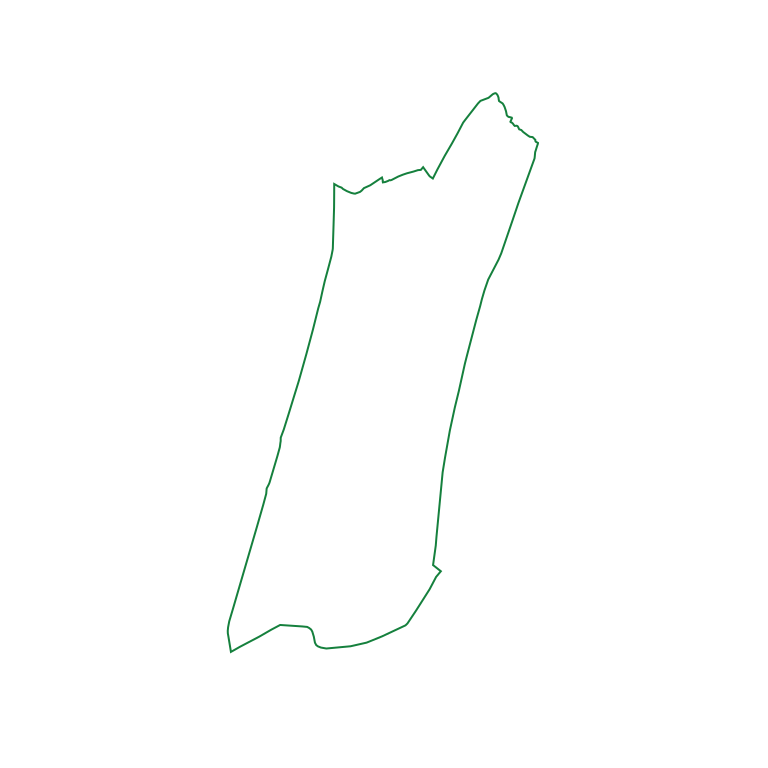 outline of Tan Phu, Hồ Chí Minh city, Vietnam, rotated 209°
{"feature_id": "81297802B97138813252769", "entity_name": "Tan Phu", "entity_type": "district", "adm_level": 2, "iso_a3": "VNM", "parent_name": "Vietnam", "parent_adm1": "Hồ Chí Minh city", "projection": "equal_earth", "projection_center": [106.631, 10.791], "detail": "fine", "context": "isolated", "style": "outline", "palette": "green", "viewbox_px": 768, "rotation_deg": 209, "n_neighbors": 0, "source": "geoboundaries", "source_scale": "gbopen_adm2", "svg_char_len": 2378}
<svg xmlns="http://www.w3.org/2000/svg" viewBox="0 0 768 768"><g transform="rotate(209 384 384)"><path d="M361.7,654.3L362.4,656.0L364.2,660.1L364.5,661.7L365.3,665.5L365.9,668.8L366.2,669.5L367.2,669.5L368.7,669.5L369.5,670.0L370.0,670.9L373.7,672.0L376.4,670.9L378.9,671.1L384.5,671.9L387.0,672.7L389.2,672.3L389.8,672.7L391.4,673.9L392.3,674.3L393.2,674.2L394.8,673.1L395.8,673.4L397.4,674.2L398.9,674.6L400.2,674.4L400.6,674.7L400.8,677.1L400.9,678.5L401.4,678.9L403.0,678.5L404.6,678.0L405.9,678.2L406.9,678.6L409.5,681.7L410.8,682.9L412.9,684.8L414.8,686.1L416.3,686.9L419.2,687.1L420.6,687.3L421.7,688.6L422.6,689.9L423.8,691.0L425.1,691.9L426.7,692.5L427.5,692.4L428.3,691.7L429.4,690.1L430.1,688.2L431.2,685.3L431.3,685.0L436.9,678.4L437.8,675.0L439.8,662.2L441.0,654.5L441.5,651.0L441.2,639.0L441.2,627.2L441.5,613.0L441.3,597.5L440.9,587.4L444.7,587.8L446.1,588.4L454.9,592.6L455.6,589.1L458.0,587.5L461.1,584.2L463.9,581.5L466.1,579.4L469.0,576.2L472.1,572.4L476.3,566.1L477.1,565.3L478.1,564.9L478.8,563.7L480.8,561.3L482.7,559.8L483.5,560.8L483.7,561.4L485.9,563.6L487.2,561.2L492.4,551.1L496.5,545.6L497.3,542.3L498.1,540.4L500.0,538.2L501.5,536.5L502.6,536.0L505.1,535.3L505.7,535.2L509.9,534.7L514.4,534.7L516.3,535.2L519.6,534.7L524.5,534.8L518.8,524.4L513.2,514.1L505.1,498.4L497.7,484.0L494.5,477.8L493.9,476.3L491.8,469.8L488.5,456.7L485.7,445.3L485.1,443.2L482.8,435.2L479.7,424.9L478.2,418.3L472.6,397.4L466.4,372.5L460.1,345.8L459.5,343.0L456.8,330.1L452.8,311.2L449.6,295.6L448.3,287.0L446.7,284.0L445.9,281.8L445.0,279.6L444.4,278.0L443.9,275.9L442.3,269.3L436.3,242.2L436.1,240.3L436.0,235.8L433.8,230.9L431.1,220.0L426.0,197.9L420.7,174.4L410.7,130.0L407.3,115.0L404.3,101.4L402.4,95.6L401.0,92.4L399.7,90.2L397.9,88.0L388.0,75.5L387.7,76.0L386.8,77.4L382.6,84.3L370.6,102.6L363.4,114.6L358.0,122.9L337.8,132.4L333.4,134.3L331.1,134.3L328.7,133.9L326.7,132.7L322.9,129.0L319.0,124.3L316.7,122.8L314.6,122.5L311.4,122.9L306.2,124.7L286.1,138.4L273.8,149.4L263.3,162.4L248.2,183.3L247.4,185.9L246.1,201.5L244.6,226.6L244.9,240.6L243.5,247.8L253.3,249.4L260.4,267.8L263.9,275.5L289.9,335.2L295.0,349.4L303.9,375.4L310.7,397.9L315.1,414.0L315.6,415.7L323.1,441.0L325.1,448.6L334.3,484.5L337.7,498.9L339.5,505.6L341.5,514.5L343.5,525.9L344.1,548.2L344.8,555.1L351.0,589.9L354.2,607.5L361.7,654.3Z" fill="none" stroke="#15803d" stroke-width="2"/></g></svg>